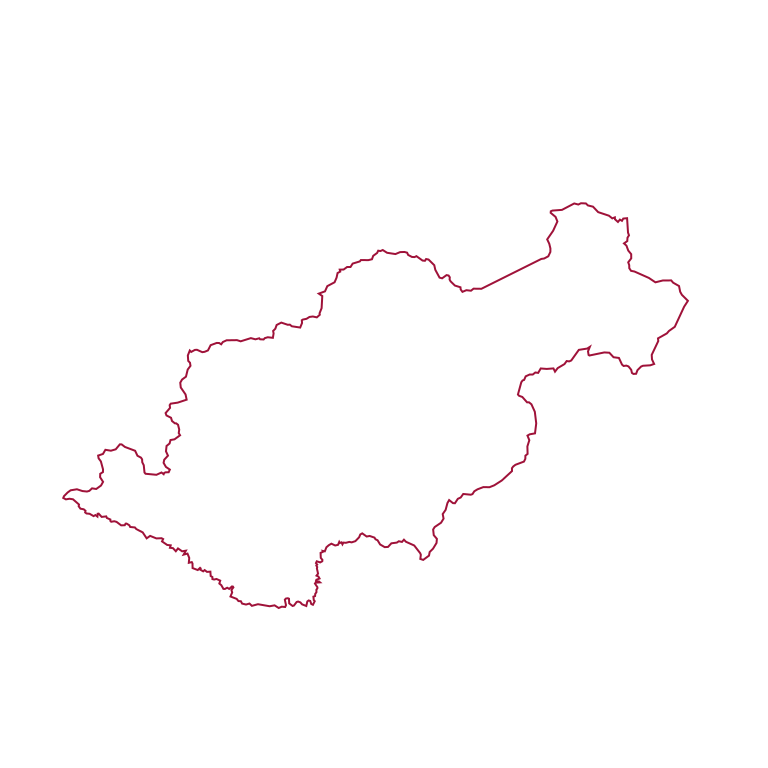 A Luoi, Thừa Thiên - Huế, Vietnam, rotated 118°
{"feature_id": "81297802B94706269623038", "entity_name": "A Luoi", "entity_type": "district", "adm_level": 2, "iso_a3": "VNM", "parent_name": "Vietnam", "parent_adm1": "Thừa Thiên - Huế", "projection": "mercator", "projection_center": [107.348, 16.232], "detail": "fine", "context": "isolated", "style": "outline", "palette": "rose", "viewbox_px": 768, "rotation_deg": 118, "n_neighbors": 0, "source": "geoboundaries", "source_scale": "gbopen_adm2", "svg_char_len": 6166}
<svg xmlns="http://www.w3.org/2000/svg" viewBox="0 0 768 768"><g transform="rotate(118 384 384)"><path d="M239.5,154.9L236.5,158.9L232.6,161.3L217.3,162.0L215.1,163.5L206.5,158.0L203.4,157.3L197.0,154.1L174.8,155.3L167.9,154.7L165.4,162.9L163.5,165.8L159.0,169.5L158.8,176.3L157.7,179.0L161.6,186.3L166.8,192.1L166.0,199.9L167.1,215.7L168.1,219.0L166.6,221.8L163.9,223.3L161.9,225.5L157.0,224.7L153.3,226.7L151.5,231.0L148.0,234.9L147.2,238.1L143.6,236.3L140.5,237.7L137.7,237.5L135.8,239.6L123.5,247.2L125.6,250.4L128.2,250.5L128.1,252.9L131.1,253.5L130.1,257.4L128.5,258.4L130.6,260.2L129.8,264.4L131.7,275.6L129.3,282.7L130.6,287.8L129.8,290.5L131.9,294.9L134.3,296.7L135.3,300.8L146.7,308.6L151.8,316.7L153.2,317.8L154.6,317.2L155.9,311.0L159.1,307.2L169.3,306.6L179.7,307.8L182.6,303.9L186.2,300.7L189.3,299.1L194.1,298.9L198.0,301.5L199.7,303.8L254.2,342.7L257.8,349.7L260.8,351.0L262.5,355.3L265.8,358.0L264.5,360.7L262.7,361.9L263.8,367.6L262.1,373.4L261.0,375.1L258.9,376.0L257.9,377.9L258.5,379.9L263.4,382.3L264.0,384.9L259.1,392.3L255.5,395.4L253.2,403.1L253.9,405.5L256.0,405.7L256.9,407.9L255.9,415.4L257.6,416.6L258.7,419.0L258.7,423.3L257.2,425.2L257.8,427.9L260.0,431.7L263.9,434.9L266.7,442.9L266.3,448.0L268.3,449.6L269.0,451.7L271.5,451.6L275.9,453.7L279.5,453.2L282.0,456.0L285.4,462.6L287.1,462.9L292.4,468.2L296.4,468.5L298.0,471.5L301.9,473.4L303.8,476.8L305.3,475.4L307.8,477.1L312.4,475.8L317.4,475.4L324.2,480.0L329.9,479.6L334.8,484.0L335.3,479.8L346.3,474.7L351.8,474.1L353.0,473.2L356.7,474.6L357.8,478.5L359.8,481.3L362.8,483.0L365.2,485.9L366.3,486.5L368.6,485.0L373.5,484.5L376.3,492.5L375.8,495.0L376.9,496.8L378.0,503.5L382.3,506.5L386.2,505.9L389.2,506.8L391.2,505.2L395.4,503.8L397.3,508.6L399.5,510.8L401.2,511.2L402.7,514.4L402.2,515.6L404.9,518.5L406.0,523.1L413.6,530.6L414.3,534.4L419.3,543.5L422.6,546.0L425.4,546.4L425.2,548.8L426.3,551.0L431.1,555.3L437.0,555.2L439.8,557.5L441.2,559.4L441.6,565.2L442.7,567.0L446.2,569.3L445.6,571.2L450.9,570.6L455.5,567.7L456.3,565.3L458.8,563.4L463.4,564.1L470.5,562.3L474.9,564.4L478.5,564.5L482.5,561.8L486.4,554.3L490.5,550.9L497.3,557.4L501.5,563.1L503.3,563.3L505.5,561.7L512.2,563.2L513.9,561.3L513.8,556.2L516.2,553.8L516.9,550.2L516.3,549.0L516.7,546.7L520.4,543.4L523.7,542.2L525.0,540.0L531.2,543.0L533.7,546.2L537.2,545.4L540.8,546.9L545.8,544.9L548.7,541.1L554.0,542.5L557.1,541.6L559.6,537.6L560.1,532.9L563.0,532.7L564.6,535.5L565.7,536.3L567.1,536.2L566.6,538.9L571.0,542.3L575.2,552.4L574.6,553.9L568.5,558.0L566.6,560.7L564.1,562.2L563.1,564.0L563.1,568.0L559.8,572.4L561.2,583.2L560.5,587.3L561.3,588.9L567.6,590.2L571.1,593.8L572.9,599.1L577.7,599.3L581.4,602.8L583.6,601.1L585.3,597.6L591.3,592.0L593.7,590.8L596.5,592.4L599.6,590.9L602.3,586.1L606.5,586.2L611.8,588.8L613.2,592.8L616.7,594.0L618.4,595.8L620.1,600.0L621.1,605.7L625.0,610.8L628.3,612.4L633.3,613.9L635.2,613.7L635.2,610.7L633.0,607.9L631.8,604.5L633.6,596.7L635.3,596.2L636.6,593.5L635.6,590.3L636.1,588.0L637.7,587.6L638.0,585.9L636.8,583.0L637.0,578.4L635.2,577.3L635.6,574.8L633.0,575.9L632.4,575.1L633.9,570.9L631.3,567.1L632.4,565.8L632.1,562.0L633.3,561.4L633.7,560.2L631.8,557.7L631.3,555.4L632.2,549.7L630.4,546.6L628.6,546.6L628.1,545.7L628.3,542.5L629.4,541.0L627.6,536.6L628.4,534.5L628.3,527.4L631.7,521.1L627.9,519.2L627.2,512.5L624.6,508.0L624.6,506.2L627.2,506.1L627.9,499.9L626.6,496.6L629.1,496.1L628.0,493.3L629.4,489.3L625.9,488.7L626.5,483.7L624.2,480.7L628.7,480.8L626.0,477.9L629.0,474.3L633.5,472.4L631.5,470.1L632.4,468.8L636.4,466.6L635.7,461.1L632.7,460.1L632.9,459.3L634.2,459.0L634.3,455.7L632.5,455.0L633.0,452.1L631.2,449.2L634.9,446.9L635.0,444.9L636.8,443.9L636.4,442.2L634.8,440.4L634.5,436.3L637.5,435.7L638.0,433.2L640.3,429.6L639.7,428.3L637.5,426.8L637.6,424.5L634.1,423.2L633.8,422.3L634.3,421.5L637.5,422.0L639.3,420.2L643.7,419.8L642.9,413.2L644.0,410.6L643.0,408.4L644.5,406.2L643.5,402.3L641.0,399.7L641.9,396.5L637.6,391.9L633.9,380.6L630.8,376.7L631.2,371.8L628.6,369.7L627.3,366.6L625.3,366.7L621.0,370.3L619.5,369.9L618.3,368.3L618.2,367.1L622.2,364.7L622.9,360.5L621.9,359.5L617.5,358.8L616.4,357.7L616.1,355.3L617.0,352.9L616.5,348.4L612.0,349.6L610.5,348.9L610.2,347.3L612.4,344.9L612.3,343.1L608.3,343.2L607.7,344.6L604.9,346.5L603.6,345.3L601.5,346.2L599.6,345.9L597.4,347.1L595.7,346.9L594.7,347.4L592.6,351.3L591.5,351.1L589.2,347.4L588.9,348.8L590.1,350.7L589.9,351.6L588.6,351.8L586.0,349.6L584.8,351.5L584.9,353.6L582.4,353.2L578.3,356.7L577.0,357.0L576.1,358.5L574.8,358.2L574.1,360.0L572.1,360.1L571.5,356.6L569.5,355.3L568.2,355.8L567.2,358.2L562.9,360.7L560.5,358.9L560.1,359.6L559.5,357.7L555.2,358.2L552.3,357.1L549.7,355.5L549.5,351.3L547.6,349.1L544.4,349.4L545.1,348.3L543.8,347.2L545.1,345.4L543.1,345.4L542.1,343.1L539.7,340.5L539.0,338.2L536.2,335.5L531.0,334.0L528.0,334.3L526.1,333.1L526.8,327.7L524.9,325.3L524.1,320.3L525.1,318.6L525.0,316.3L527.5,312.1L527.7,306.8L526.0,304.0L521.2,302.7L518.0,298.2L515.9,297.1L515.0,294.0L512.1,293.3L513.0,290.5L512.4,281.5L516.4,272.6L517.5,271.3L521.4,269.8L520.9,266.8L514.4,263.7L510.9,264.8L506.4,263.4L499.7,263.0L495.9,264.6L494.1,269.1L489.4,272.3L486.5,272.1L479.7,268.5L474.9,268.2L471.3,271.1L466.2,270.5L459.3,272.1L455.9,272.0L456.8,267.2L456.0,265.4L450.7,264.9L448.2,263.0L443.9,262.4L441.0,255.4L439.7,254.2L436.3,253.9L433.1,252.0L428.4,247.9L425.6,242.4L421.7,239.1L413.9,234.7L400.8,230.1L398.3,231.5L396.2,231.2L393.6,230.0L386.8,224.0L383.7,224.1L380.9,225.5L378.3,224.4L371.8,228.1L365.4,229.3L362.2,233.1L360.0,231.7L356.7,227.5L347.3,231.1L337.7,237.8L332.7,244.3L332.1,247.4L333.0,249.1L330.5,255.8L331.0,259.2L330.4,260.8L318.0,263.6L315.8,263.3L314.6,262.2L310.7,262.5L307.2,259.8L305.8,257.1L302.8,255.8L301.8,253.1L296.7,252.9L294.3,247.4L290.7,241.7L292.8,238.8L288.4,238.1L281.7,234.0L278.0,233.5L277.1,231.1L275.3,229.7L262.4,228.0L257.3,221.2L254.6,219.7L259.4,219.2L262.3,217.0L262.4,216.0L252.7,204.3L250.6,199.7L252.6,193.9L250.7,188.8L255.1,183.0L255.6,180.9L254.0,178.7L253.7,176.4L255.4,172.4L257.8,170.3L258.0,168.5L256.6,166.2L252.8,166.7L247.9,165.2L246.3,163.9L242.5,157.7L239.5,154.9Z" fill="none" stroke="#9f1239" stroke-width="2"/></g></svg>